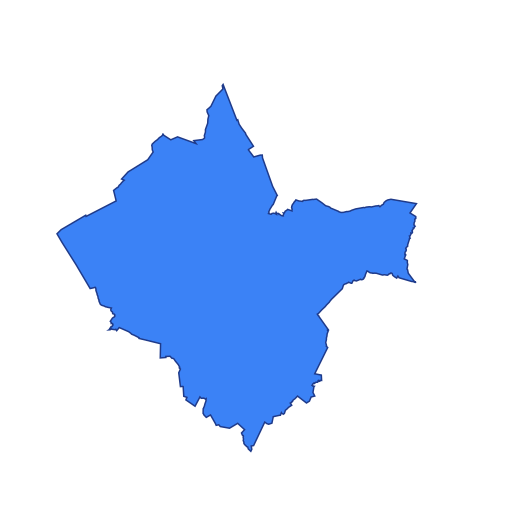 outline of Jiménez, Chihuahua, Mexico, rotated 238°
{"feature_id": "50627088B9615027683396", "entity_name": "Jiménez", "entity_type": "district", "adm_level": 2, "iso_a3": "MEX", "parent_name": "Mexico", "parent_adm1": "Chihuahua", "projection": "albers", "projection_center": [-104.567, 26.97], "detail": "fine", "context": "isolated", "style": "filled", "palette": "blue", "viewbox_px": 512, "rotation_deg": 238, "n_neighbors": 0, "source": "geoboundaries", "source_scale": "gbopen_adm2", "svg_char_len": 6075}
<svg xmlns="http://www.w3.org/2000/svg" viewBox="0 0 512 512"><g transform="rotate(238 256 256)"><path d="M380.3,99.0L370.1,98.7L344.0,98.8L316.3,98.1L314.8,102.3L314.8,102.9L314.4,103.2L312.5,102.7L312.1,102.2L311.0,101.8L310.8,101.9L309.3,101.4L308.1,101.3L307.7,100.9L306.9,100.7L306.0,100.7L303.6,99.7L301.7,99.5L301.5,99.2L300.8,98.9L297.4,98.4L295.9,99.1L293.8,100.9L292.7,101.4L292.5,101.8L291.1,103.0L288.5,105.8L287.8,104.7L286.8,104.1L285.8,104.1L284.5,104.6L283.3,104.0L282.8,104.0L281.8,105.0L281.1,105.1L280.5,104.9L280.2,104.3L279.5,104.1L279.4,103.2L279.5,102.4L279.4,101.3L277.8,97.8L276.1,98.1L275.9,98.0L275.9,97.6L275.4,97.4L275.3,98.0L274.6,98.5L274.1,98.5L274.1,98.3L273.1,97.9L272.5,96.6L272.7,96.3L272.9,96.2L273.0,95.8L272.3,94.7L272.3,94.3L272.1,94.0L271.8,93.2L271.5,92.9L271.3,93.1L271.3,92.2L270.8,93.1L270.7,93.9L271.1,94.6L270.8,94.5L269.7,95.6L268.0,97.7L268.1,98.3L266.5,98.3L267.8,102.1L259.3,107.9L257.0,108.8L255.6,109.1L253.4,110.7L248.7,113.5L248.1,113.1L232.2,128.6L220.3,120.8L217.7,125.8L218.6,126.3L216.5,130.0L213.8,130.5L213.2,131.4L212.0,131.9L209.9,131.9L205.1,132.5L202.2,132.4L202.2,132.0L201.7,131.6L200.2,132.0L197.9,128.6L185.3,122.7L184.1,124.9L183.8,125.0L175.3,120.4L172.7,122.5L171.1,120.3L160.9,124.7L166.2,133.8L164.7,134.0L164.2,134.4L163.2,136.3L162.9,136.4L162.4,137.0L161.2,137.2L161.3,138.0L159.6,136.8L157.7,134.4L155.7,132.3L155.3,131.5L154.6,130.7L154.5,130.3L150.5,127.7L149.7,127.8L148.9,127.6L145.5,128.3L145.3,133.2L135.5,132.8L133.5,132.5L132.6,135.0L130.3,135.3L124.0,142.3L123.8,151.8L114.8,154.3L113.6,149.9L111.3,149.5L110.9,149.6L110.6,150.0L109.9,149.9L109.2,149.1L107.4,148.4L106.2,147.3L104.5,147.1L103.7,146.5L102.2,146.4L100.6,146.9L99.7,147.0L98.9,147.3L98.4,147.8L96.5,147.2L93.1,148.1L94.3,150.0L97.4,151.3L96.5,153.5L110.5,175.4L108.2,176.3L106.6,177.6L105.8,180.9L110.6,185.5L108.5,191.4L108.0,192.3L109.7,194.5L108.8,194.5L107.7,195.3L107.4,195.3L107.4,196.6L109.6,199.2L109.9,201.6L110.4,203.3L110.5,207.2L113.1,207.1L113.0,208.6L113.3,208.8L113.3,209.8L113.6,209.8L114.2,211.5L114.3,213.4L115.2,217.0L104.6,220.9L104.6,224.4L107.2,228.0L106.1,231.6L110.1,232.0L114.4,235.8L114.6,236.4L115.5,235.3L115.9,235.5L116.6,235.0L117.4,236.4L117.4,236.8L117.0,237.8L117.6,238.1L117.0,239.0L117.2,239.9L116.4,241.2L116.4,241.7L116.6,242.2L117.1,242.3L117.5,243.0L117.2,243.4L116.4,243.2L116.1,243.4L116.0,243.8L116.3,244.1L116.4,244.6L115.7,245.7L120.4,248.3L125.0,243.4L140.4,268.3L142.3,267.8L142.8,268.4L145.6,269.2L147.8,271.4L149.2,272.3L150.5,273.7L152.3,275.1L154.0,277.3L155.1,277.2L155.4,277.4L155.4,277.7L155.2,277.9L154.1,278.3L171.2,277.3L171.8,277.5L172.1,277.2L174.2,277.2L174.2,278.6L175.5,283.3L176.4,287.9L177.1,289.8L178.0,293.7L178.5,294.7L179.3,297.2L182.5,311.8L184.8,314.5L185.2,315.4L185.0,317.2L184.7,317.9L184.8,318.5L184.5,320.0L184.7,320.6L182.4,322.3L182.1,322.8L183.5,325.1L183.6,326.4L183.1,326.4L181.6,328.0L180.9,332.3L180.4,332.4L180.3,332.7L179.7,333.2L179.8,333.8L179.5,334.5L179.8,335.7L180.3,335.9L180.7,337.3L182.4,339.1L184.5,342.2L183.2,343.1L182.0,343.4L180.9,344.3L179.8,345.7L179.4,345.9L178.8,347.2L177.6,348.9L172.9,353.1L172.4,354.1L172.3,354.7L170.1,357.2L170.0,358.7L170.4,359.6L169.9,360.3L170.2,361.2L169.5,362.0L168.9,362.2L167.7,361.8L167.0,361.8L164.9,362.5L162.7,363.6L163.8,365.7L161.7,365.8L151.8,374.6L151.1,375.6L149.2,377.0L149.2,377.4L149.7,377.5L150.1,376.9L150.8,376.8L160.7,376.0L164.1,377.3L164.9,377.1L168.3,380.2L170.2,380.8L172.0,382.0L175.0,380.2L177.0,382.7L177.7,382.9L177.4,383.2L177.5,383.6L178.3,383.4L178.5,383.6L178.9,383.5L179.4,383.7L180.3,384.5L180.6,385.6L181.2,386.4L181.6,386.4L181.8,386.8L182.5,387.1L183.1,387.0L183.6,387.9L183.9,389.8L185.1,390.5L188.7,394.7L189.3,395.1L189.3,395.7L189.5,395.6L189.7,396.0L190.3,396.2L190.4,396.5L191.5,396.7L191.3,397.0L192.0,398.3L192.2,398.8L193.4,399.5L192.9,399.9L192.7,400.3L193.1,401.2L194.2,401.7L194.6,401.5L195.0,401.9L195.0,402.3L195.7,403.6L195.7,404.4L196.0,404.7L196.3,404.6L196.2,405.0L196.6,405.7L196.9,406.7L197.6,406.4L198.1,406.7L198.6,406.4L198.9,406.5L200.5,407.9L201.4,409.3L202.9,410.0L203.2,410.4L203.0,411.0L203.4,411.7L204.2,412.0L204.8,412.4L210.9,409.4L215.4,419.8L232.6,400.5L233.7,397.5L233.9,395.6L233.5,393.0L232.4,391.4L232.5,389.5L232.1,387.2L232.7,387.0L233.7,386.9L234.0,385.9L235.0,384.0L236.5,379.7L236.9,379.3L237.7,378.2L239.1,375.3L239.4,373.7L240.1,373.0L243.1,365.5L244.1,361.3L244.2,359.7L245.0,357.4L245.6,356.6L246.7,353.2L247.9,351.1L249.3,350.0L249.9,349.6L250.2,349.6L257.1,344.7L258.2,344.5L259.4,343.8L261.7,341.7L266.2,340.1L272.2,337.5L273.7,334.3L274.0,334.1L276.8,327.7L277.9,326.0L278.0,325.1L277.6,324.5L277.7,324.3L280.0,321.5L282.4,319.6L282.1,319.3L282.1,318.6L281.8,318.3L281.5,316.8L280.9,315.9L280.3,314.1L279.3,313.0L279.3,312.7L278.6,312.3L278.2,311.8L276.5,311.5L276.0,310.8L275.2,310.4L278.8,307.5L278.5,306.5L278.5,304.4L277.6,303.1L277.7,302.3L278.0,302.0L277.0,301.9L276.2,300.6L275.6,300.4L276.1,299.6L277.1,298.8L279.4,297.9L279.3,297.6L280.3,297.5L280.5,297.1L281.2,296.1L282.4,296.2L282.1,295.8L281.0,295.8L280.4,295.5L281.8,294.8L283.0,293.6L283.6,292.1L283.4,290.9L285.4,289.1L285.9,290.0L286.7,290.2L287.6,291.7L288.1,292.2L290.5,297.1L290.5,297.8L296.0,305.5L296.0,306.1L306.2,307.0L335.7,313.5L338.3,314.8L339.3,313.1L341.2,306.6L350.1,305.8L350.3,306.1L350.4,312.0L364.6,311.8L365.7,312.2L372.1,311.6L376.6,311.5L381.2,312.7L381.2,311.7L418.9,319.0L418.3,317.6L415.2,316.5L412.9,306.8L406.8,297.0L406.0,291.9L404.1,290.9L400.0,290.3L397.6,287.8L394.2,285.4L390.0,280.1L387.9,278.8L385.4,275.9L384.2,275.5L383.2,274.7L383.1,272.4L386.8,264.4L383.1,264.7L398.6,252.6L399.7,245.3L407.6,241.6L408.3,241.9L408.7,241.7L407.9,240.6L407.6,238.9L407.6,236.8L406.9,234.1L406.7,231.3L405.9,227.3L405.0,226.2L403.5,225.7L401.0,224.3L398.7,223.9L395.0,215.2L395.1,192.1L392.5,182.8L390.1,184.4L389.9,183.0L389.3,180.6L388.7,179.1L388.5,177.5L387.5,175.6L387.4,174.9L387.6,174.5L387.1,170.0L376.8,166.6L379.6,132.9L380.8,133.2L381.6,104.7L380.3,99.0Z" fill="#3b82f6" stroke="#1e3a8a" stroke-width="1.5"/></g></svg>